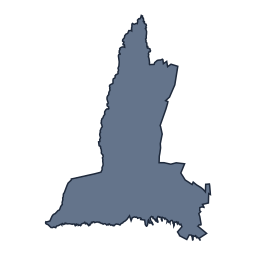 Zvimba, Mashonaland West, Zimbabwe (Equal Earth projection)
{"feature_id": "62879985B3462136177187", "entity_name": "Zvimba", "entity_type": "district", "adm_level": 2, "iso_a3": "ZWE", "parent_name": "Zimbabwe", "parent_adm1": "Mashonaland West", "projection": "equal_earth", "projection_center": [30.365, -17.376], "detail": "fine", "context": "isolated", "style": "filled", "palette": "slate", "viewbox_px": 256, "rotation_deg": 0, "n_neighbors": 0, "source": "geoboundaries", "source_scale": "gbopen_adm2", "svg_char_len": 5867}
<svg xmlns="http://www.w3.org/2000/svg" viewBox="0 0 256 256"><path d="M191.2,235.1L192.1,236.9L192.6,239.9L193.1,239.7L193.0,237.3L193.5,236.7L193.1,235.8L195.1,236.3L195.6,235.7L195.9,236.0L195.8,236.5L196.9,237.8L197.3,237.2L198.6,238.0L200.4,240.6L199.3,238.2L206.6,233.4L197.9,226.2L198.5,225.9L199.2,224.7L200.8,225.0L201.1,224.3L199.8,216.6L198.8,213.6L200.7,211.6L199.7,210.6L199.8,207.6L202.0,206.9L204.0,207.4L204.0,207.2L202.5,204.4L208.4,203.0L208.7,193.6L210.4,194.5L209.7,185.8L209.4,184.0L205.7,184.3L205.4,191.9L203.1,189.3L201.0,187.6L196.5,184.8L193.2,182.1L192.1,184.5L185.2,180.0L180.8,173.0L184.6,163.8L176.2,162.8L170.8,164.2L164.0,162.7L159.1,162.7L159.3,156.1L159.9,152.9L160.6,147.9L160.3,143.7L162.2,134.1L160.6,126.6L160.1,125.6L165.9,109.1L167.5,103.6L167.9,101.6L165.6,100.7L169.5,97.1L174.8,84.9L177.8,66.3L171.0,64.2L167.6,66.7L166.7,61.4L163.4,63.7L162.9,59.7L162.4,59.2L160.3,60.1L159.2,60.0L157.3,60.4L154.7,62.6L154.1,64.4L149.6,64.6L149.4,64.1L149.5,62.2L149.0,58.5L148.6,57.2L148.3,56.8L148.6,56.2L148.5,55.4L148.8,54.6L148.3,53.9L149.0,51.9L150.3,51.6L150.5,50.6L150.2,50.2L150.0,48.9L148.0,48.0L147.6,48.1L147.2,47.7L147.3,47.2L147.8,47.0L147.8,46.7L147.7,46.4L146.9,46.3L146.8,43.0L145.9,41.9L146.1,40.8L145.6,39.0L146.3,38.1L146.2,36.2L146.5,34.0L146.6,31.5L145.9,29.2L145.5,28.8L145.9,28.6L145.9,28.1L146.3,27.8L145.9,27.3L145.9,26.7L146.4,25.4L146.0,24.2L145.5,24.2L144.3,23.1L144.5,22.2L144.4,21.7L143.6,21.8L143.3,21.5L143.4,21.1L143.7,21.1L143.4,18.3L143.1,17.9L142.5,17.9L142.4,17.6L142.5,16.0L141.3,15.4L140.8,17.2L139.9,18.8L138.8,18.7L137.5,20.1L137.7,21.5L137.3,23.6L136.2,23.4L134.2,24.3L133.4,24.0L132.6,23.4L132.2,23.7L131.9,24.6L131.9,26.9L131.5,28.1L131.7,28.9L131.7,30.9L130.8,30.3L129.8,30.7L128.8,30.6L127.7,33.4L126.0,34.1L125.5,34.7L124.7,35.8L124.5,37.2L124.1,38.2L122.9,39.4L122.6,40.2L122.6,41.2L123.9,42.0L123.8,42.7L123.0,44.0L123.0,44.4L123.3,44.9L124.0,44.6L124.4,44.8L124.7,47.3L123.2,46.9L122.0,47.0L120.4,47.8L119.7,48.7L120.0,49.5L119.3,50.6L119.2,52.6L120.1,53.6L120.2,54.1L120.1,54.3L119.2,54.2L118.6,55.0L118.4,55.9L119.2,61.9L118.9,66.0L118.0,68.2L118.5,69.9L118.4,70.9L117.9,71.9L118.1,73.4L117.7,73.9L115.9,74.7L115.7,75.2L115.0,75.9L115.2,76.8L114.9,77.8L114.5,78.3L113.7,78.5L113.2,79.0L113.0,80.2L113.0,82.7L112.8,83.5L110.9,84.4L109.6,85.3L109.5,86.5L109.9,87.4L109.7,88.8L109.9,89.5L109.9,90.5L109.3,91.3L108.8,92.8L108.7,94.7L107.9,95.5L107.1,97.0L107.0,98.0L107.0,99.2L108.2,103.0L107.6,104.1L107.1,104.0L107.0,105.0L107.4,106.1L108.5,106.7L108.8,108.7L108.0,109.2L107.3,108.8L106.9,108.9L105.7,110.0L104.7,111.7L104.6,113.4L104.9,114.0L104.8,114.3L103.5,116.1L102.9,117.9L102.0,118.6L101.3,121.0L101.5,122.1L101.0,123.0L101.6,124.2L102.3,126.7L101.4,127.8L100.1,131.0L100.5,132.2L100.0,132.8L99.7,134.8L100.5,137.7L100.3,138.4L99.7,139.4L99.9,141.4L99.8,141.6L98.6,141.8L98.6,142.0L99.1,145.7L99.7,146.1L100.2,146.1L100.6,146.8L100.6,148.1L101.3,149.7L101.3,150.7L101.5,151.3L101.3,152.3L101.4,153.3L101.7,153.8L102.8,154.7L102.8,155.4L103.2,156.0L103.1,156.8L102.4,157.8L102.9,159.7L102.7,161.1L103.0,163.1L103.1,165.1L102.0,167.7L102.1,169.7L101.2,171.6L100.9,172.2L94.7,173.8L71.3,179.0L71.3,180.0L68.1,183.1L67.0,185.5L64.3,192.7L63.4,194.0L63.2,197.0L62.7,197.8L62.8,199.9L62.1,202.4L62.3,204.6L61.7,205.0L60.7,206.6L59.8,209.1L59.3,210.0L58.0,210.6L55.2,213.6L53.5,214.4L52.9,215.0L52.0,216.3L49.9,221.0L46.7,221.9L45.9,221.7L45.6,222.5L45.7,223.3L46.2,223.9L48.1,224.7L51.0,227.5L52.6,227.6L53.8,227.0L55.6,227.7L55.9,227.6L55.9,227.0L56.8,226.0L58.4,225.6L60.8,224.3L61.3,224.3L61.8,225.0L61.9,224.1L62.3,223.5L62.8,223.7L63.2,224.2L63.7,224.5L64.4,224.1L65.1,223.1L65.7,223.8L66.7,223.4L67.1,223.9L69.6,223.7L72.4,224.3L72.7,224.0L74.4,224.1L75.2,225.6L75.4,225.3L76.0,225.3L75.8,224.4L76.0,224.1L76.5,224.0L77.0,224.6L77.9,224.4L78.2,225.5L79.7,225.0L80.5,225.7L81.0,225.3L81.0,224.5L82.0,223.6L82.5,223.6L83.8,223.0L84.5,223.0L84.8,222.5L85.4,223.9L86.4,223.6L86.3,223.2L86.6,223.2L87.2,223.6L87.6,224.6L88.1,224.6L88.8,225.7L89.3,225.3L89.5,224.5L90.0,224.8L90.1,224.4L90.6,224.1L91.4,222.9L91.5,222.3L92.2,222.3L92.6,222.6L92.8,222.0L93.5,221.7L94.1,221.9L94.6,222.6L96.8,222.0L99.4,222.2L99.4,222.6L100.4,222.7L101.1,223.4L102.5,223.5L103.1,224.2L104.3,223.7L105.2,223.7L106.9,225.1L107.7,224.4L108.6,224.8L108.9,224.0L109.4,223.9L110.8,225.2L111.8,224.9L113.1,225.7L113.4,225.3L114.1,225.7L115.4,224.4L116.3,224.0L118.4,224.3L120.0,225.0L121.2,223.5L122.7,222.9L123.4,222.0L125.3,220.9L127.0,219.3L129.5,215.8L131.1,220.7L132.3,217.7L134.5,216.9L135.5,217.3L136.5,217.1L137.3,217.7L137.6,218.3L139.1,217.8L140.6,218.0L141.1,218.4L140.7,219.5L144.7,220.1L145.3,224.6L146.4,226.2L146.8,226.1L147.4,225.1L148.0,222.8L148.1,220.7L148.5,219.9L148.7,220.2L149.4,222.8L149.9,223.2L150.3,222.9L151.5,223.0L152.4,224.1L153.0,225.2L153.0,224.5L152.1,222.4L150.6,220.4L150.5,219.0L150.1,218.3L150.2,217.7L151.5,216.5L152.1,217.0L152.5,216.8L153.2,217.2L153.0,218.2L153.1,218.6L154.3,218.8L154.8,219.5L155.4,219.4L155.1,220.2L155.6,220.8L156.1,220.0L156.7,220.7L156.8,221.5L157.3,221.4L158.0,222.7L157.9,221.4L157.2,219.2L157.1,218.1L157.9,216.5L158.5,216.5L159.3,217.2L159.5,216.9L160.1,217.3L160.6,217.2L161.0,217.6L161.2,218.1L161.3,219.4L161.9,220.6L162.1,221.5L162.3,220.4L161.9,219.1L162.3,217.3L164.1,218.1L164.4,218.8L164.7,218.3L165.5,218.3L166.1,219.5L167.1,219.7L167.3,220.0L167.3,220.8L167.1,221.9L168.0,220.8L168.5,221.3L168.7,222.1L169.1,221.8L169.5,221.9L170.0,222.8L170.0,221.8L170.4,221.1L171.1,220.5L172.1,220.5L172.9,221.8L172.9,223.1L173.6,224.1L173.8,226.1L174.3,225.0L174.2,222.6L174.5,222.1L175.0,222.4L176.6,221.7L177.4,223.9L177.6,223.6L177.7,222.4L178.1,222.2L178.6,223.6L179.4,224.4L180.0,224.8L180.9,224.2L181.9,226.8L177.5,231.9L179.5,235.2L179.5,235.7L186.8,239.5L189.2,234.9L191.2,235.1Z" fill="#64748b" stroke="#1e293b" stroke-width="1.5"/></svg>